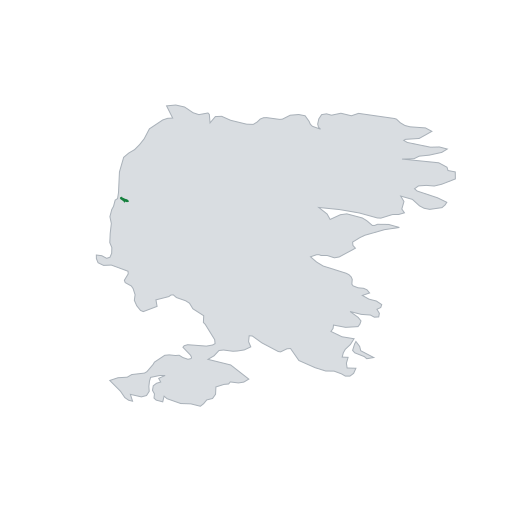 North Inner City Lea-7, Dublin, Ireland shown in context, rotated 201°
{"feature_id": "5873133B14640921830681", "entity_name": "North Inner City Lea-7", "entity_type": "district", "adm_level": 2, "iso_a3": "IRL", "parent_name": "Ireland", "parent_adm1": "Dublin", "projection": "natural_earth1", "projection_center": [-6.235, 53.356], "detail": "fine", "context": "in_parent", "style": "filled", "palette": "green", "viewbox_px": 512, "rotation_deg": 201, "n_neighbors": 0, "source": "geoboundaries", "source_scale": "gbopen_adm2", "svg_char_len": 4550}
<svg xmlns="http://www.w3.org/2000/svg" viewBox="0 0 512 512"><g transform="rotate(201 256 256)"><path d="M329.5,100.8L318.2,106.7L316.4,108.9L313.2,117.9L312.8,120.5L305.6,130.6L301.6,132.6L295.6,134.2L292.2,135.8L287.9,135.0L282.5,135.2L279.8,137.0L279.9,138.3L281.5,139.9L291.5,144.6L290.9,146.5L288.0,148.7L270.0,154.1L264.7,157.3L262.8,159.5L264.6,163.1L278.9,174.0L281.3,175.1L283.4,181.5L296.0,184.1L301.2,188.1L305.7,189.0L315.4,188.7L319.3,190.1L321.5,189.0L322.8,186.9L333.7,179.2L330.3,173.5L341.3,163.7L344.3,163.8L349.5,166.8L353.7,171.0L355.0,176.5L359.0,181.5L361.6,183.3L368.6,184.3L370.2,186.2L368.9,193.5L370.0,195.9L387.8,195.7L394.9,192.6L401.0,193.1L404.1,196.4L405.4,199.7L400.1,201.0L394.6,200.3L391.9,202.5L391.7,206.8L393.6,212.2L397.3,216.1L400.2,224.8L402.7,234.5L406.5,240.4L407.3,247.7L406.8,251.3L407.5,257.7L405.8,260.0L407.1,266.0L413.6,285.5L414.9,300.7L411.7,306.5L407.4,311.9L404.6,318.3L402.4,325.3L401.1,336.5L391.8,349.6L387.8,352.9L383.2,354.9L393.3,364.1L385.0,368.2L376.1,369.5L366.1,367.2L360.0,367.5L352.1,372.3L350.3,371.4L346.6,363.8L343.9,371.6L338.1,374.1L328.3,373.6L312.0,375.7L305.7,377.9L303.0,381.4L301.1,385.4L298.5,387.8L295.6,389.0L282.9,392.0L280.4,393.2L274.5,399.7L266.8,403.4L260.4,404.5L254.8,400.8L252.5,398.5L249.9,397.3L241.2,397.5L243.9,398.7L245.7,401.3L246.5,406.5L245.4,411.5L241.1,414.0L236.0,414.5L227.9,419.7L217.2,421.1L211.4,425.9L175.9,434.0L173.9,434.1L169.1,432.1L163.8,431.2L158.5,431.8L143.7,436.3L136.5,435.4L145.8,424.2L158.2,418.5L159.5,416.9L155.5,416.2L132.1,420.1L123.9,423.5L115.8,424.4L119.7,419.3L130.3,412.3L139.4,407.7L143.3,403.5L154.4,398.8L118.8,408.5L109.5,407.3L107.4,404.6L100.1,405.9L97.5,399.4L108.4,389.5L114.7,385.2L122.2,383.0L129.4,379.7L132.1,375.6L128.8,374.4L107.4,375.4L97.1,374.5L97.8,371.3L99.7,367.8L110.5,361.8L116.2,360.8L121.3,361.4L130.3,364.9L142.4,363.8L137.4,359.9L136.7,352.1L132.9,349.5L137.8,345.8L143.5,343.6L153.0,336.1L156.4,335.0L174.9,333.2L195.0,329.2L214.8,323.8L204.7,320.7L199.9,316.7L192.0,324.8L186.3,327.9L170.4,329.6L165.4,328.7L158.3,326.2L156.1,327.1L154.0,329.1L143.5,333.0L132.4,334.0L145.4,326.7L161.9,314.3L165.6,310.4L170.8,303.6L169.3,300.6L166.0,298.9L178.0,284.9L182.2,282.4L189.7,282.0L195.3,279.8L197.7,279.8L199.9,278.9L204.8,274.8L197.4,272.1L189.7,270.7L165.8,272.2L162.6,271.9L159.7,270.6L157.8,268.7L156.4,264.0L154.7,262.9L149.3,262.9L144.0,264.4L140.3,264.2L136.7,262.2L142.6,257.3L135.1,256.2L127.5,257.1L121.2,255.7L121.1,252.6L124.0,249.6L120.3,246.7L119.6,243.1L123.6,241.3L128.0,241.9L136.9,239.2L148.3,237.9L138.6,235.3L134.7,233.0L134.6,229.5L135.5,226.6L146.8,221.5L158.9,219.3L158.1,216.0L159.0,212.4L146.8,211.4L134.8,213.9L136.2,207.1L139.2,200.9L139.8,196.9L139.3,192.5L133.7,194.4L133.2,188.3L130.8,184.1L122.5,187.0L122.8,181.4L125.3,177.5L129.6,175.9L133.9,176.6L141.9,176.5L149.7,173.6L160.8,172.9L178.5,173.8L190.6,182.0L193.8,180.5L198.7,175.3L201.0,174.8L219.4,177.0L230.7,180.0L233.8,179.1L232.2,173.3L228.3,169.3L233.3,164.1L239.4,160.6L243.4,158.8L252.6,156.6L256.7,154.5L259.4,147.8L263.8,142.3L240.6,145.2L218.6,138.5L222.2,133.9L226.9,131.2L234.9,129.2L235.7,126.7L239.8,124.7L246.5,119.4L244.2,112.4L245.5,107.4L250.4,104.0L252.0,99.3L254.1,95.8L263.9,94.6L273.4,91.3L287.9,90.9L291.6,92.2L290.8,86.4L297.6,85.7L300.3,86.8L301.4,90.9L304.5,93.5L305.4,98.0L303.3,101.5L299.8,104.2L303.0,106.9L298.0,111.9L303.3,109.8L310.9,104.9L310.6,100.9L309.3,95.9L307.2,91.4L308.2,86.5L312.5,83.4L323.7,81.8L319.2,76.2L323.2,75.7L327.7,76.8L334.1,81.2L347.9,87.4L341.2,92.9L332.8,96.7L329.5,100.8ZM132.4,209.4L132.1,212.0L126.8,208.7L124.3,205.1L109.7,203.4L115.8,199.8L118.8,200.9L129.1,201.0L132.0,202.5L132.4,209.4Z" fill="#d9dde1" stroke="#a8b0b8" stroke-width="1"/><path d="M400.4,261.9L401.2,261.9L400.6,261.8L400.7,261.5L400.8,261.7L401.0,261.7L400.8,261.7L401.2,261.6L401.4,261.9L402.1,262.0L402.1,261.9L402.3,261.9L402.3,261.7L402.5,261.7L402.5,261.9L402.5,262.0L402.8,261.9L402.8,261.7L403.0,261.7L403.0,261.8L403.1,261.7L403.0,261.4L403.0,261.5L402.9,261.5L402.7,261.5L402.6,261.2L401.6,261.2L401.6,260.9L401.0,260.8L400.4,260.6L400.2,260.7L400.1,260.8L399.9,260.7L399.5,260.4L399.3,260.4L399.1,260.2L398.9,260.2L398.7,260.0L398.5,259.9L398.3,259.8L398.3,260.0L398.2,260.2L397.4,261.2L397.1,261.1L396.9,260.9L397.0,260.9L396.9,260.8L396.9,260.7L396.7,260.6L396.2,260.7L395.8,260.9L395.2,261.3L395.5,261.6L395.9,261.8L396.3,261.8L396.9,261.9L397.1,261.9L397.7,261.9L398.2,261.7L398.4,261.7L400.2,261.9L400.4,261.9Z" fill="#22c55e" stroke="#15803d" stroke-width="1.5"/></g></svg>